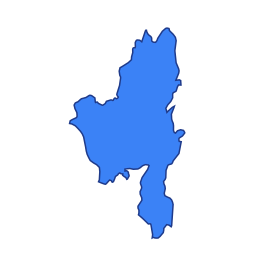 the Province of Gelderland, rotated 279°
{"feature_id": "NLD-896", "entity_name": "Gelderland", "entity_type": "Province", "adm_level": 1, "iso_a3": "NLD", "parent_name": "Netherlands", "parent_adm1": "", "projection": "natural_earth1", "projection_center": [5.899, 52.128], "detail": "fine", "context": "isolated", "style": "filled", "palette": "blue", "viewbox_px": 256, "rotation_deg": 279, "n_neighbors": 0, "source": "natural_earth", "source_scale": "10m", "svg_char_len": 3565}
<svg xmlns="http://www.w3.org/2000/svg" viewBox="0 0 256 256"><g transform="rotate(279 128 128)"><path d="M228.1,130.8L227.4,130.9L225.6,131.7L223.6,133.3L223.0,134.2L222.0,136.1L221.1,137.0L219.7,137.5L218.5,137.6L217.5,138.0L216.7,139.6L216.9,141.8L218.8,142.9L221.3,143.4L228.9,146.8L231.9,149.3L232.5,150.0L232.8,151.0L232.7,152.8L232.1,153.3L231.2,153.4L230.3,154.2L227.6,158.0L225.0,160.6L221.8,161.9L211.6,162.2L200.0,165.3L194.3,168.8L192.4,169.5L190.1,169.5L182.6,167.8L183.6,171.1L183.1,172.6L178.7,173.6L178.4,171.2L176.5,170.4L172.1,169.8L171.5,169.3L170.2,167.5L169.4,166.9L168.4,166.8L164.8,167.4L160.9,166.1L157.2,163.7L153.4,162.3L149.5,164.0L150.9,164.9L155.3,168.5L156.8,170.4L155.0,170.1L152.2,169.5L148.5,168.7L143.7,169.7L142.1,170.4L139.7,171.9L137.4,172.6L132.7,173.3L130.8,174.4L130.4,175.7L133.0,177.3L134.5,180.2L134.3,183.2L132.5,184.7L132.3,184.7L131.9,184.8L128.9,183.2L128.5,182.9L126.5,180.6L125.9,180.1L125.6,180.0L125.0,180.0L123.9,180.2L122.8,180.7L122.8,182.7L110.8,182.3L102.7,177.8L100.5,177.3L99.4,176.7L98.0,173.8L97.3,173.2L92.1,172.2L84.7,173.1L83.0,172.7L80.8,171.5L78.5,172.2L76.3,173.6L73.9,174.3L69.2,174.0L66.9,175.0L65.9,177.9L65.3,180.4L63.8,182.3L61.7,183.6L59.5,184.5L38.3,186.4L37.2,186.1L38.5,183.7L38.6,181.3L34.3,179.0L33.0,179.3L30.2,179.2L25.9,176.6L24.1,175.0L23.8,173.8L23.7,173.0L23.6,171.5L23.9,170.3L23.9,170.0L23.2,169.1L26.6,169.0L35.5,166.0L36.7,165.4L36.8,165.1L36.8,164.6L36.6,163.9L36.4,163.1L40.5,157.3L41.0,156.6L43.9,151.9L45.6,152.1L48.4,151.7L50.5,150.4L52.3,150.1L58.8,153.0L61.2,152.5L64.6,150.4L67.1,149.9L70.2,150.8L71.5,150.8L72.6,150.4L74.9,149.1L76.3,148.8L81.3,149.7L90.2,153.9L94.1,154.7L94.6,154.0L94.6,151.6L94.5,150.9L94.2,150.3L93.8,149.6L93.0,148.3L90.6,146.2L89.1,144.2L88.1,139.7L88.3,136.1L88.0,135.2L87.9,134.4L86.9,131.4L85.0,131.8L85.5,132.9L85.5,133.5L85.3,134.0L84.8,134.8L84.4,135.2L83.9,135.4L83.4,135.5L83.0,135.6L81.8,136.3L80.8,136.6L77.5,135.4L77.3,135.1L77.1,134.8L78.0,134.2L78.6,133.7L78.9,133.2L79.6,131.6L80.5,130.1L81.8,130.1L81.8,129.7L81.7,129.2L81.7,128.2L82.2,127.3L82.3,126.8L82.0,126.4L81.1,125.6L80.1,125.2L79.7,124.8L78.6,123.6L77.8,123.1L75.4,122.7L72.7,122.0L72.0,121.0L72.1,120.7L72.3,120.5L73.1,120.0L73.5,119.4L73.7,117.9L69.5,115.2L68.9,114.4L69.1,112.7L69.6,110.2L70.3,107.3L72.3,107.8L80.5,107.0L84.6,105.9L86.9,102.7L88.1,99.5L90.0,95.8L92.5,93.9L95.6,91.8L98.7,90.4L102.7,89.1L107.8,87.2L112.2,85.6L115.1,83.7L117.3,81.6L119.9,78.4L121.9,75.7L123.2,72.0L123.3,69.6L124.9,69.7L126.1,69.8L127.5,71.5L130.0,75.2L130.7,75.7L131.7,75.9L135.2,75.1L138.8,72.6L142.2,71.2L143.6,71.7L144.4,72.0L145.2,73.0L146.0,74.4L148.1,76.1L148.9,76.7L149.7,77.6L150.7,79.9L151.6,81.8L154.0,84.5L154.2,84.9L154.4,85.3L154.3,87.0L152.5,90.6L148.7,91.6L148.3,91.8L148.1,92.0L148.7,93.0L148.8,93.7L147.7,94.9L146.7,98.2L146.5,99.2L146.8,99.8L148.0,101.1L148.6,101.7L151.0,102.5L153.1,106.8L153.0,108.0L152.8,108.5L153.0,109.0L153.5,109.2L154.8,109.7L155.4,110.1L155.6,110.8L155.1,111.7L155.1,111.9L155.1,112.1L155.3,112.4L155.6,112.8L156.5,113.5L156.9,113.6L157.2,113.5L158.0,112.5L159.1,111.8L159.5,111.7L160.6,111.8L168.7,113.0L176.0,112.9L177.2,112.7L178.9,111.6L182.8,110.4L186.3,110.7L187.0,111.6L187.1,111.8L192.6,118.1L196.0,120.7L198.8,120.4L203.2,120.9L206.5,120.3L207.2,120.4L207.8,120.6L208.2,121.3L208.4,121.9L208.4,122.4L208.9,122.5L209.3,122.6L213.4,121.8L214.4,122.0L215.5,122.4L215.9,122.6L216.2,123.0L216.4,123.6L216.5,125.1L216.5,125.9L215.3,128.1L226.7,130.0L228.0,130.8L228.1,130.8Z" fill="#3b82f6" stroke="#1e3a8a" stroke-width="1.5"/></g></svg>